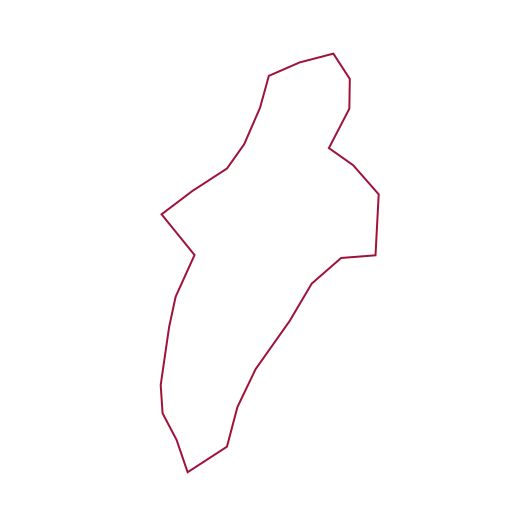 the district of Malounta, Nicosia, Cyprus, rotated 57°
{"feature_id": "46923920B69760563088960", "entity_name": "Malounta", "entity_type": "district", "adm_level": 2, "iso_a3": "CYP", "parent_name": "Cyprus", "parent_adm1": "Nicosia", "projection": "mercator", "projection_center": [33.179, 35.044], "detail": "fine", "context": "isolated", "style": "outline", "palette": "rose", "viewbox_px": 512, "rotation_deg": 57, "n_neighbors": 0, "source": "geoboundaries", "source_scale": "gbopen_adm2", "svg_char_len": 498}
<svg xmlns="http://www.w3.org/2000/svg" viewBox="0 0 512 512"><g transform="rotate(57 256 256)"><path d="M400.1,431.1L400.1,384.2L372.6,353.9L350.7,318.0L328.7,262.9L309.5,224.3L304.0,185.7L320.5,155.4L271.1,119.5L232.7,125.1L205.2,136.1L183.3,97.5L158.6,80.9L128.4,80.9L117.4,114.0L111.9,147.1L133.9,171.9L155.8,205.0L166.8,232.6L166.8,273.9L169.6,312.5L221.7,307.0L246.4,345.6L268.3,367.6L312.3,406.2L337.0,420.0L367.1,422.8L400.1,431.1Z" fill="none" stroke="#9f1239" stroke-width="2"/></g></svg>